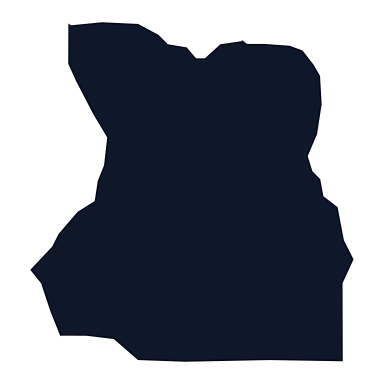 outline of Karlshamn, Blekinge, Sweden
{"feature_id": "70781695B12582384293132", "entity_name": "Karlshamn", "entity_type": "district", "adm_level": 2, "iso_a3": "SWE", "parent_name": "Sweden", "parent_adm1": "Blekinge", "projection": "albers", "projection_center": [14.872, 56.287], "detail": "fine", "context": "isolated", "style": "filled", "palette": "ink", "viewbox_px": 384, "rotation_deg": 0, "n_neighbors": 0, "source": "geoboundaries", "source_scale": "gbopen_adm2", "svg_char_len": 707}
<svg xmlns="http://www.w3.org/2000/svg" viewBox="0 0 384 384"><path d="M31.3,269.9L41.8,283.0L51.2,311.3L60.7,335.0L60.8,334.9L86.6,335.0L114.1,338.3L138.3,359.3L185.2,361.0L269.3,359.3L342.0,360.5L341.9,322.2L341.8,283.0L352.7,259.4L343.2,240.6L336.9,207.6L322.7,196.7L319.5,179.5L311.7,171.6L306.9,156.0L316.3,134.0L320.9,104.3L319.3,76.1L313.0,65.2L302.0,51.1L289.5,46.5L264.6,44.7L246.7,44.7L242.6,41.5L242.6,41.8L220.7,45.0L205.1,59.1L195.7,59.1L186.3,48.1L167.5,45.0L158.2,35.6L137.9,24.7L101.9,23.0L70.7,26.1L69.1,24.9L69.0,63.6L76.8,80.8L93.9,113.7L108.0,137.3L104.8,165.5L98.5,181.1L95.4,201.5L78.1,212.4L59.2,234.4L52.9,246.9L31.3,269.9Z" fill="#0f172a" stroke="#020617" stroke-width="1.5"/></svg>